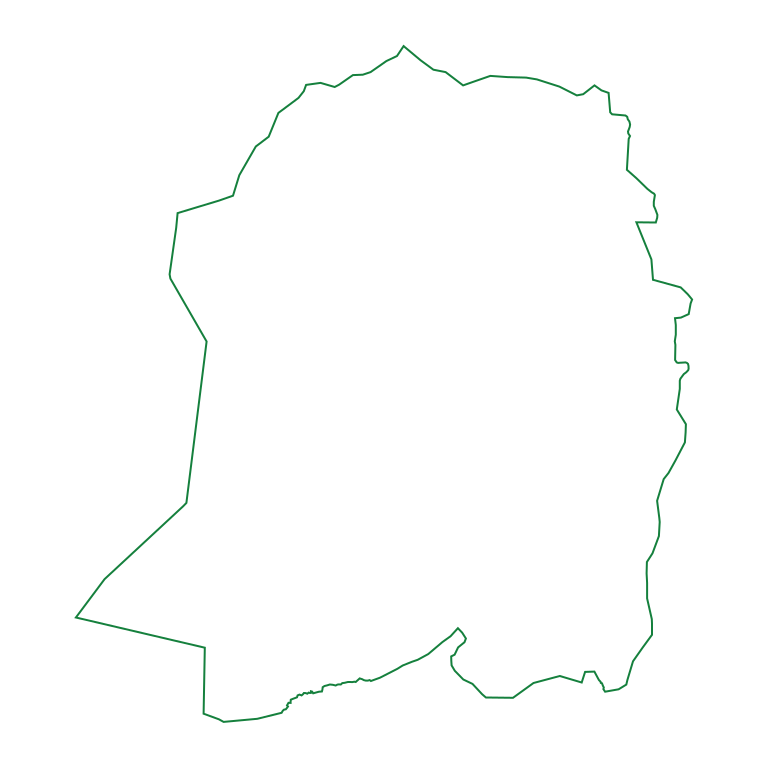 the district of Batsari, Katsina, Nigeria
{"feature_id": "59680162B85415328791745", "entity_name": "Batsari", "entity_type": "district", "adm_level": 2, "iso_a3": "NGA", "parent_name": "Nigeria", "parent_adm1": "Katsina", "projection": "natural_earth1", "projection_center": [7.287, 12.843], "detail": "fine", "context": "isolated", "style": "outline", "palette": "green", "viewbox_px": 768, "rotation_deg": 0, "n_neighbors": 0, "source": "geoboundaries", "source_scale": "gbopen_adm2", "svg_char_len": 2819}
<svg xmlns="http://www.w3.org/2000/svg" viewBox="0 0 768 768"><path d="M75.9,617.5L204.8,647.7L203.6,713.7L218.9,719.3L223.6,721.9L257.3,718.8L281.6,712.8L282.8,710.7L284.1,709.6L285.8,709.3L286.8,708.1L288.0,706.5L287.0,705.4L287.7,704.2L288.5,702.8L290.6,702.9L290.6,701.6L290.8,699.7L293.0,698.8L296.0,697.7L297.0,697.3L297.6,695.4L299.5,694.6L301.6,695.4L303.0,694.2L303.9,693.0L305.7,693.1L307.3,693.7L308.7,692.6L310.0,693.0L311.1,692.8L311.0,691.3L312.1,691.6L313.2,693.3L315.7,692.6L319.0,691.7L321.9,691.5L322.4,689.7L322.7,687.2L324.5,686.0L327.0,685.4L329.9,684.5L332.8,684.8L335.7,685.5L337.4,684.6L338.8,684.4L339.0,684.4L340.8,684.5L342.3,683.1L344.7,682.8L347.9,682.0L350.1,682.0L352.4,682.1L354.3,681.7L355.7,682.0L356.8,681.0L358.5,679.5L359.7,678.4L360.9,678.8L362.2,679.2L363.8,680.1L365.8,680.6L367.8,680.6L369.7,680.1L370.9,681.0L380.0,677.7L397.4,668.8L402.7,665.5L411.9,661.8L417.7,659.8L428.2,654.1L442.5,642.0L450.6,636.2L457.9,628.2L462.2,632.7L465.9,638.5L464.5,642.2L458.1,647.4L454.6,654.7L451.2,656.4L451.3,660.8L451.6,665.4L454.8,670.8L463.3,679.5L472.5,683.9L482.1,694.2L485.9,697.5L513.0,697.8L533.5,683.0L559.8,676.0L581.7,682.5L585.1,671.9L594.4,671.6L598.9,680.0L600.6,681.8L600.8,682.9L602.0,683.3L602.9,685.7L603.8,687.5L603.4,689.1L605.1,691.7L618.6,689.3L626.3,684.6L627.4,680.0L633.0,661.3L642.7,647.5L652.0,634.8L652.0,623.4L651.8,619.1L647.1,598.4L647.1,582.9L646.6,573.4L646.9,562.0L652.5,553.3L658.9,536.1L659.7,522.0L659.3,517.9L657.1,500.8L663.7,479.1L668.5,473.0L675.5,460.4L684.9,442.4L685.6,432.6L685.9,424.2L676.8,409.5L679.8,388.9L679.8,380.7L680.4,378.7L683.8,374.1L686.2,372.3L688.2,370.2L688.6,368.8L688.5,365.9L688.0,363.9L686.9,362.9L685.5,362.4L682.7,362.6L680.6,362.7L678.1,362.9L676.7,362.4L675.1,360.0L675.4,344.9L674.8,341.3L675.8,334.7L675.8,325.0L675.0,318.2L680.9,317.6L688.7,314.1L690.6,303.5L692.1,299.5L687.8,294.3L680.7,287.4L653.0,279.8L651.4,259.4L636.4,222.3L655.8,222.5L657.2,217.7L657.4,214.9L655.3,209.2L653.8,205.8L653.8,201.9L654.3,198.7L654.9,195.1L654.1,193.7L651.7,192.3L647.4,188.9L636.4,178.2L626.9,169.8L628.7,138.9L630.0,136.0L628.3,133.5L628.0,131.5L628.7,129.7L629.7,127.0L630.1,124.5L629.4,121.5L627.8,119.3L627.2,116.8L625.5,115.5L612.1,114.3L610.2,112.3L608.6,92.9L601.5,90.4L594.5,85.4L583.2,94.2L576.8,95.4L559.4,86.6L536.9,79.4L526.1,77.6L507.6,77.1L490.3,75.9L473.3,81.8L463.1,85.4L445.6,72.1L433.4,69.7L420.5,60.2L403.6,46.1L397.0,56.0L386.3,61.1L376.6,67.9L372.0,71.1L370.6,72.1L362.8,74.7L352.9,75.1L339.1,84.7L334.7,87.0L320.6,82.9L319.0,83.1L306.1,84.9L303.8,91.2L298.5,97.9L278.4,112.9L268.7,136.7L255.8,146.5L239.3,175.2L233.0,195.7L219.0,200.6L199.1,206.6L177.6,213.1L176.2,227.8L169.6,274.3L170.4,278.6L206.6,341.5L186.4,502.9L183.3,506.1L104.6,579.1L75.9,617.5Z" fill="none" stroke="#15803d" stroke-width="2"/></svg>